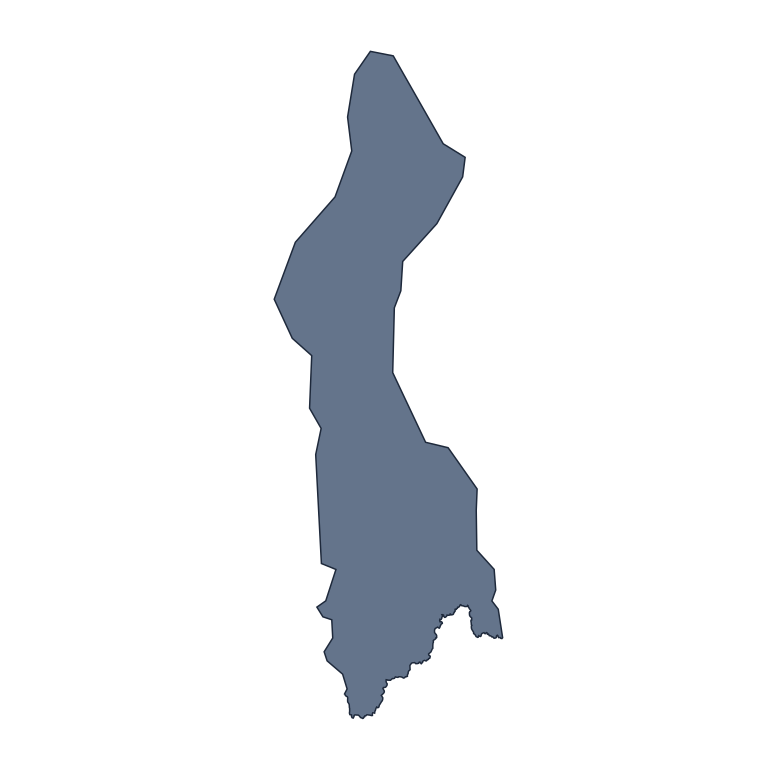 the district of Yambio, Western Equatoria, South Sudan, rotated 357°
{"feature_id": "79223893B76948069319823", "entity_name": "Yambio", "entity_type": "district", "adm_level": 2, "iso_a3": "SSD", "parent_name": "South Sudan", "parent_adm1": "Western Equatoria", "projection": "equal_earth", "projection_center": [28.647, 5.178], "detail": "fine", "context": "isolated", "style": "filled", "palette": "slate", "viewbox_px": 768, "rotation_deg": 357, "n_neighbors": 0, "source": "geoboundaries", "source_scale": "gbopen_adm2", "svg_char_len": 4391}
<svg xmlns="http://www.w3.org/2000/svg" viewBox="0 0 768 768"><g transform="rotate(357 384 384)"><path d="M387.8,51.1L370.8,73.1L361.6,115.5L364.0,149.6L344.9,194.6L302.9,237.8L278.8,293.6L294.8,333.6L313.3,351.9L308.4,404.3L318.9,425.1L312.1,450.9L312.1,560.0L326.3,566.7L314.5,597.5L305.3,603.3L310.8,613.3L319.5,616.7L319.5,635.0L310.2,648.3L312.7,657.5L327.5,671.6L331.2,686.6L328.4,691.4L328.6,691.5L329.1,692.9L330.0,693.9L330.9,694.3L331.3,695.0L331.3,696.1L331.1,697.6L331.1,698.3L331.1,699.6L331.8,700.7L332.5,702.2L332.5,704.3L332.5,705.3L332.7,706.4L332.6,707.6L332.6,708.8L332.3,710.4L332.3,711.2L332.6,712.4L333.4,712.6L334.2,712.7L334.2,713.7L334.2,714.7L334.8,715.7L335.8,716.0L336.7,714.4L336.8,713.4L337.8,712.9L338.9,713.1L340.1,713.2L341.2,713.4L342.1,714.4L342.6,715.0L343.0,715.8L344.4,716.4L345.3,716.9L346.0,716.6L346.3,715.7L347.2,715.4L347.5,714.4L348.5,714.4L349.4,713.5L350.4,713.5L351.2,713.7L352.4,713.9L353.6,714.3L354.4,714.5L355.1,714.4L355.1,712.9L355.5,711.8L356.7,711.9L357.4,712.2L357.8,710.3L358.3,709.6L358.9,707.7L359.8,706.2L360.9,707.0L362.0,706.3L362.5,704.5L363.4,703.3L364.6,701.5L365.7,700.2L366.2,698.9L366.4,697.3L365.7,696.0L365.0,694.8L366.6,693.5L367.5,692.7L368.2,691.5L368.2,690.5L367.3,688.7L367.0,688.0L367.5,687.1L368.7,687.1L369.8,686.8L371.1,685.3L371.4,684.3L371.5,683.6L370.8,682.5L370.5,681.2L370.7,679.4L371.8,679.6L372.2,680.0L373.3,680.0L373.8,680.1L375.0,680.2L375.9,679.4L377.0,678.6L378.2,678.7L379.1,678.4L380.0,677.1L381.3,677.5L382.6,677.7L383.5,677.1L385.3,677.3L386.5,677.6L387.0,678.0L388.0,678.6L388.3,678.7L389.2,678.4L390.0,677.5L391.2,677.5L392.1,677.1L392.1,675.9L393.0,674.2L393.0,673.4L393.6,671.9L395.1,670.7L395.1,668.8L395.1,667.7L395.1,666.4L395.8,665.6L396.8,664.3L398.0,663.9L399.0,663.9L400.0,663.8L401.0,664.9L402.4,665.0L404.0,664.7L404.4,663.8L405.3,663.5L405.9,664.5L406.5,665.3L408.0,664.0L408.0,663.2L409.0,662.4L410.0,662.1L410.9,662.5L411.5,662.8L412.4,662.3L412.7,661.6L413.9,661.4L414.2,660.6L415.3,660.3L415.9,658.7L415.6,657.8L414.5,657.0L414.4,655.9L415.4,655.1L416.7,654.2L417.5,652.8L418.1,651.4L418.9,650.6L419.0,649.2L419.0,648.3L419.2,646.6L419.3,645.6L419.8,644.5L419.8,643.7L419.8,642.8L420.7,642.1L421.4,641.8L422.4,640.9L422.5,640.2L423.1,640.2L423.4,639.8L423.4,638.8L423.4,637.8L422.9,636.7L422.5,636.4L422.1,635.7L421.5,634.9L421.5,633.7L421.6,632.3L422.0,631.6L422.3,630.8L423.5,630.3L424.7,629.6L425.2,629.9L425.9,630.5L426.5,630.7L427.0,630.0L427.7,628.2L428.1,627.7L428.4,627.0L429.1,626.4L429.7,626.2L429.7,625.4L429.4,624.8L428.8,624.4L427.5,624.4L427.3,623.6L427.2,622.8L427.5,621.9L428.3,622.4L428.9,621.9L429.5,620.8L429.5,620.1L430.2,619.2L430.2,618.3L429.8,617.4L430.7,617.4L431.4,617.9L431.5,619.1L432.3,620.2L432.9,620.2L433.5,619.9L434.4,619.1L434.9,618.1L435.1,618.3L435.8,618.3L436.9,618.3L437.8,618.1L437.8,617.3L438.4,617.2L438.9,618.1L440.1,618.0L441.0,617.7L441.5,617.0L441.6,616.4L442.4,615.6L442.5,614.9L443.2,614.5L443.2,613.8L443.2,612.7L443.7,612.6L444.4,612.8L444.6,612.3L445.6,611.8L445.8,610.8L446.8,610.8L447.8,610.1L448.1,609.2L448.7,608.4L449.2,608.4L449.6,609.2L450.4,609.6L451.4,609.6L452.3,610.1L453.2,610.5L454.8,610.5L455.5,610.4L455.9,609.5L456.4,609.9L456.4,610.8L457.2,612.1L457.5,612.9L458.2,613.8L458.8,614.6L458.5,615.5L457.7,615.9L457.3,616.8L457.3,617.4L457.3,618.3L457.3,619.3L457.7,620.4L458.6,621.5L459.3,622.1L459.3,622.7L459.2,624.3L458.5,624.5L458.4,625.7L458.6,627.1L458.6,628.1L458.6,628.8L459.1,629.6L458.6,630.2L458.5,631.5L458.6,632.9L459.1,634.1L459.8,635.4L460.5,636.6L460.4,637.4L460.5,638.0L461.4,638.6L462.1,639.6L462.7,641.0L463.3,641.3L464.1,641.9L464.8,641.8L465.1,641.0L465.5,640.3L465.8,640.6L466.9,641.2L467.7,640.8L467.9,640.0L468.2,639.0L468.9,638.2L470.1,637.8L470.8,637.5L471.4,638.3L471.9,638.7L472.6,638.1L473.5,637.6L474.0,638.1L474.0,639.1L474.4,639.4L475.2,639.2L475.5,639.7L475.9,640.8L476.5,641.0L477.3,641.0L478.0,641.7L478.6,642.3L479.1,642.1L479.9,642.7L480.5,643.6L481.4,643.6L482.4,643.4L482.9,642.9L483.2,641.4L484.0,640.8L484.5,641.2L484.8,642.4L485.3,643.3L486.8,643.3L487.3,644.1L488.4,644.4L489.2,643.6L486.3,614.9L480.4,606.3L484.8,595.6L484.3,574.9L468.0,554.9L469.5,515.0L471.5,493.7L444.7,451.0L422.5,444.4L393.3,373.1L398.3,308.5L405.7,291.8L409.1,262.6L445.2,226.6L473.4,181.3L476.9,161.9L455.7,147.2L410.4,56.8L387.8,51.1Z" fill="#64748b" stroke="#1e293b" stroke-width="1.5"/></g></svg>